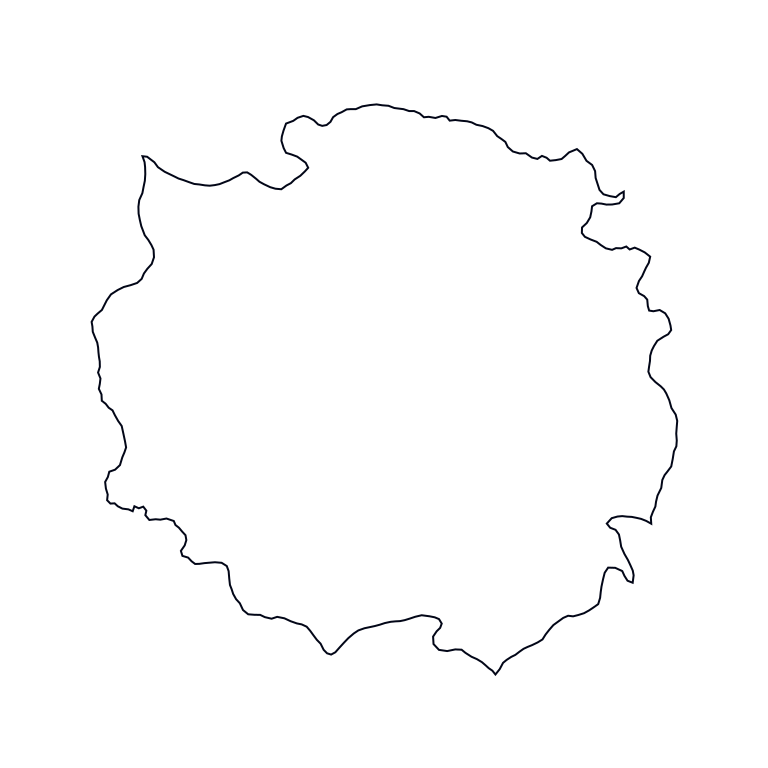 Campo Florido, Minas Gerais, Brazil (orthographic projection), rotated 9°
{"feature_id": "56859067B92335368120595", "entity_name": "Campo Florido", "entity_type": "district", "adm_level": 2, "iso_a3": "BRA", "parent_name": "Brazil", "parent_adm1": "Minas Gerais", "projection": "orthographic", "projection_center": [-48.647, -19.715], "detail": "fine", "context": "isolated", "style": "outline", "palette": "ink", "viewbox_px": 768, "rotation_deg": 9, "n_neighbors": 0, "source": "geoboundaries", "source_scale": "gbopen_adm2", "svg_char_len": 5069}
<svg xmlns="http://www.w3.org/2000/svg" viewBox="0 0 768 768"><g transform="rotate(9 384 384)"><path d="M537.8,121.8L534.1,124.1L530.5,126.3L527.2,130.5L524.2,134.0L518.6,136.0L513.0,137.5L509.2,135.1L504.3,134.0L500.3,137.7L494.7,137.2L488.0,133.9L482.0,135.1L474.9,134.2L469.2,130.6L466.0,125.9L461.6,123.6L457.1,121.5L452.1,116.9L447.1,115.0L441.0,113.8L434.7,113.5L429.7,111.9L425.0,111.5L419.2,111.9L413.1,112.1L407.7,113.6L404.0,110.2L399.3,110.2L393.2,113.2L386.4,113.1L381.7,114.3L376.9,111.2L371.0,109.7L366.2,110.5L360.3,109.5L351.0,109.8L344.9,108.5L338.6,109.0L333.0,109.0L326.5,110.7L319.0,113.2L313.2,116.9L308.2,117.7L304.2,118.6L299.6,122.2L295.8,124.6L292.0,128.4L290.1,133.5L286.8,137.2L282.6,138.7L278.4,138.0L273.5,134.5L267.2,132.2L262.4,131.8L257.0,134.6L253.2,138.3L246.5,142.1L245.1,149.5L244.4,155.4L244.6,159.8L248.0,166.7L251.1,171.0L256.8,171.8L262.7,173.0L266.9,175.1L272.0,177.7L275.3,182.3L272.6,186.4L268.8,191.4L263.8,195.9L260.6,200.2L256.6,203.2L252.1,207.7L246.2,208.1L240.8,207.4L234.3,205.5L229.3,203.7L225.7,201.4L220.1,198.2L215.8,196.4L211.5,197.3L207.9,200.7L202.9,204.2L199.4,207.0L194.7,209.7L190.3,212.3L185.8,214.0L180.9,215.4L176.1,215.8L170.5,215.8L165.3,216.1L159.7,215.1L154.1,214.0L148.9,213.2L144.8,211.9L140.5,210.6L134.2,208.7L126.8,205.2L122.5,200.9L118.2,198.6L114.5,196.6L109.8,196.8L112.8,202.3L114.1,207.1L115.4,214.0L116.0,220.7L115.7,226.9L115.5,233.3L113.5,240.6L113.7,247.3L115.0,254.2L117.2,260.2L119.6,266.1L121.9,270.1L124.4,274.5L128.7,278.6L132.5,283.1L135.4,287.4L137.0,294.8L135.8,301.8L132.2,307.3L129.6,312.4L128.2,318.1L124.4,322.8L118.3,326.0L111.8,328.9L106.2,332.9L100.3,338.2L97.1,344.7L95.4,350.0L93.8,355.0L90.1,359.3L87.5,362.7L85.5,368.4L87.0,372.8L88.2,378.0L91.3,383.2L94.3,388.0L95.9,392.6L97.0,397.3L98.2,401.7L99.7,406.1L100.7,411.6L99.8,417.4L103.1,422.9L103.3,428.4L103.1,433.4L106.6,438.5L107.9,444.7L112.2,447.1L115.8,450.5L120.0,452.5L123.0,456.8L127.2,462.1L131.5,466.5L134.2,473.4L137.2,481.2L139.2,487.0L138.3,492.2L137.0,497.4L135.9,505.4L131.8,510.7L126.4,513.6L125.8,519.1L123.9,524.4L125.7,530.8L128.4,536.4L128.7,542.1L132.5,544.9L136.6,544.0L140.2,546.4L145.1,548.0L151.2,547.8L155.7,549.0L156.6,543.8L161.3,545.1L165.4,542.8L169.1,546.3L168.8,550.9L173.5,555.0L179.6,553.3L184.3,553.0L190.2,550.9L197.8,552.2L200.1,555.9L203.9,558.0L207.8,561.4L211.6,564.4L213.2,569.1L212.4,574.6L209.5,580.6L211.8,585.3L217.7,586.1L221.7,589.2L225.6,591.3L229.8,590.5L234.7,589.0L240.0,587.7L244.9,586.5L251.6,586.0L257.2,588.4L259.8,593.1L261.6,600.4L263.3,606.6L265.6,610.5L267.9,615.0L271.6,619.7L275.9,623.1L280.1,629.3L285.9,632.7L292.3,632.2L297.8,631.4L302.8,632.9L309.7,633.4L314.9,630.7L322.3,631.0L328.9,632.9L335.4,634.1L340.3,634.3L345.6,635.8L349.8,639.4L353.6,643.2L357.7,647.2L362.0,650.4L366.0,656.0L369.9,658.9L374.1,659.5L377.9,656.6L381.4,651.1L384.9,645.8L388.5,640.6L393.2,635.1L397.2,631.4L402.9,628.3L408.4,626.2L412.8,624.5L417.5,622.4L422.2,620.0L427.9,617.8L432.6,616.6L436.9,615.7L441.4,614.0L446.3,611.6L451.3,609.0L457.4,606.5L465.3,606.3L470.6,606.5L475.1,607.6L478.5,611.6L477.6,616.1L474.7,620.0L472.0,625.8L473.6,633.1L479.9,638.0L488.2,637.9L495.9,635.0L502.2,634.3L506.5,636.8L513.1,639.7L518.8,641.2L524.2,643.4L528.1,645.8L531.9,648.3L535.9,650.2L539.5,653.5L542.9,647.5L545.2,640.8L548.3,637.3L552.4,633.6L556.1,631.0L559.7,627.2L563.3,623.7L567.0,621.2L571.0,618.8L576.2,615.2L580.5,611.5L582.8,606.1L585.7,600.9L589.0,595.6L593.5,591.1L597.6,587.0L602.1,584.1L607.1,583.9L612.0,581.8L617.4,579.1L621.9,575.6L625.8,572.0L630.0,567.9L630.9,561.4L630.6,555.7L630.5,550.0L630.9,542.6L631.5,535.9L634.1,530.3L641.1,529.4L648.6,531.5L651.5,535.9L655.3,540.2L660.7,541.4L660.5,533.9L658.9,529.4L655.8,524.6L652.4,519.6L648.1,514.3L643.7,507.6L641.8,501.8L639.6,495.9L635.5,491.8L629.9,490.6L625.9,487.0L629.9,480.9L635.3,478.4L640.0,477.2L644.6,477.0L649.5,476.5L654.4,476.7L659.0,477.0L664.4,478.2L669.8,480.2L668.4,473.9L669.6,468.2L671.2,462.6L671.1,457.7L671.6,451.4L674.1,443.3L673.9,435.3L675.4,430.1L677.7,426.0L680.6,420.5L680.9,412.8L680.9,405.2L682.5,399.8L682.0,394.0L680.4,387.3L679.8,380.1L679.4,374.6L676.9,368.6L671.7,362.8L668.3,355.4L664.3,349.2L661.3,345.6L657.7,343.0L651.7,339.6L646.2,335.5L643.2,330.5L643.1,325.5L643.1,319.6L642.5,314.4L643.2,309.0L644.7,304.3L647.2,298.5L652.7,293.6L656.9,290.4L659.2,285.8L657.8,281.4L654.9,275.0L650.7,270.2L644.7,267.8L638.7,270.0L634.4,270.0L632.4,265.8L630.8,259.5L627.2,256.5L621.5,254.4L618.4,249.6L619.7,242.4L622.1,237.2L623.4,232.3L624.6,228.1L626.6,222.8L627.0,216.6L620.9,213.2L615.1,211.3L610.3,210.1L605.6,212.7L601.8,210.3L597.2,212.9L591.9,213.5L588.3,215.8L581.9,215.3L576.1,212.7L571.8,210.3L565.3,208.9L559.4,207.2L555.8,203.9L555.1,198.4L559.1,193.3L561.6,187.1L561.9,181.1L561.7,175.9L566.0,172.2L570.5,171.8L575.6,172.0L581.3,171.0L588.1,168.7L591.7,162.8L590.7,156.5L587.1,159.4L583.8,163.2L577.7,163.1L571.1,162.3L566.5,158.6L563.6,152.9L560.8,147.4L559.2,140.7L555.3,135.1L549.1,131.9L543.9,125.6L537.8,121.8Z" fill="none" stroke="#020617" stroke-width="2"/></g></svg>